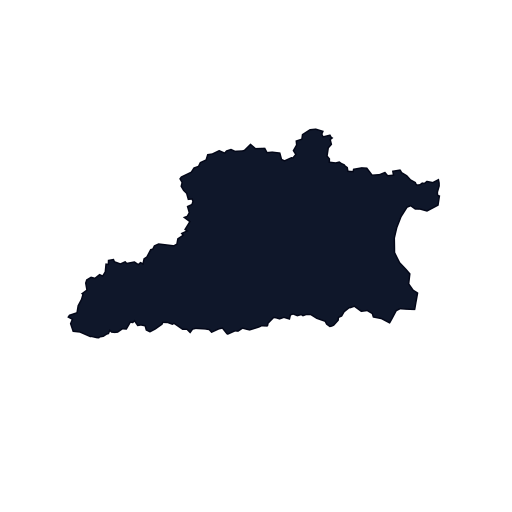 the district of Yabucoa, Puerto Rico, rotated 338°
{"feature_id": "32010507B64369847691903", "entity_name": "Yabucoa", "entity_type": "district", "adm_level": 2, "iso_a3": "PRI", "parent_name": "Puerto Rico", "parent_adm1": "", "projection": "orthographic", "projection_center": [-65.894, 18.069], "detail": "fine", "context": "isolated", "style": "filled", "palette": "ink", "viewbox_px": 512, "rotation_deg": 338, "n_neighbors": 0, "source": "geoboundaries", "source_scale": "gbopen_adm2", "svg_char_len": 3371}
<svg xmlns="http://www.w3.org/2000/svg" viewBox="0 0 512 512"><g transform="rotate(338 256 256)"><path d="M214.5,156.0L215.1,160.2L212.8,163.3L213.5,168.0L215.2,171.9L214.5,178.1L218.0,179.1L218.1,181.7L215.9,184.3L211.1,184.5L210.4,190.9L207.1,193.5L204.0,193.4L207.6,199.4L200.2,204.8L201.7,207.0L195.6,207.3L196.3,209.5L190.0,210.8L187.1,215.4L183.6,215.8L170.2,208.4L165.6,208.6L162.9,211.0L160.8,210.7L154.4,216.1L151.2,216.7L148.2,221.1L146.5,218.9L143.6,219.9L141.0,216.0L133.3,214.5L132.5,212.4L127.3,212.6L122.5,208.3L122.5,205.9L117.6,204.9L116.0,208.5L113.9,207.4L110.3,214.3L106.3,217.2L104.0,214.7L98.3,216.4L95.1,214.0L90.1,214.8L88.0,217.3L86.5,224.3L80.7,225.8L81.3,226.7L78.0,230.9L72.5,235.5L68.8,241.6L60.9,241.1L59.1,242.3L62.1,245.9L58.8,249.3L58.3,257.3L64.3,260.5L72.2,268.6L73.5,269.0L77.9,272.1L79.6,272.9L80.6,272.4L84.4,273.2L88.3,272.4L90.1,272.6L92.6,270.1L93.6,272.4L96.4,273.9L99.2,274.7L104.9,273.4L108.4,275.1L114.7,270.2L116.8,271.5L119.1,270.5L120.3,276.1L123.5,276.8L127.1,279.2L126.6,283.5L129.3,286.5L135.2,285.9L143.3,284.0L144.6,282.6L149.2,284.5L152.9,287.9L154.8,287.7L160.5,296.4L164.6,298.1L166.3,302.2L169.8,300.0L173.0,300.5L181.5,304.5L185.1,306.7L186.3,310.0L194.1,309.6L197.9,310.2L200.0,317.2L200.6,317.8L208.5,317.5L211.2,318.9L216.5,317.8L220.1,320.5L222.4,322.1L230.7,322.8L232.8,322.9L235.0,322.7L240.1,325.0L240.8,324.6L241.9,322.8L249.3,319.6L251.5,320.8L254.3,323.1L258.9,323.3L263.4,326.9L265.8,323.5L268.7,323.6L272.0,326.8L276.0,327.2L277.2,328.9L280.5,329.0L284.9,330.8L289.0,336.5L295.7,342.4L296.0,345.6L298.1,349.0L300.0,349.3L302.1,349.2L308.1,346.3L309.4,343.8L312.9,343.7L316.7,340.7L322.9,338.8L324.1,339.2L328.4,339.4L332.9,346.7L338.7,348.2L342.3,352.9L342.0,356.5L348.9,361.0L354.8,368.0L355.0,367.9L357.6,365.8L358.1,365.4L365.5,359.2L369.9,358.8L375.2,361.4L381.8,364.4L383.1,364.9L384.0,363.5L386.6,359.3L387.2,358.3L387.5,357.9L391.9,350.9L391.4,350.1L390.2,348.5L388.8,346.5L387.4,340.4L387.1,339.0L391.9,330.2L390.1,324.9L387.5,318.3L386.6,316.1L386.6,315.9L386.2,311.3L385.7,304.7L387.2,300.9L390.9,291.3L391.0,291.1L394.0,286.8L397.2,282.3L398.7,280.7L405.1,273.9L405.5,273.6L414.3,267.3L417.7,267.3L418.3,267.3L421.3,272.1L425.7,273.9L431.4,278.3L443.8,277.0L447.7,270.4L448.5,269.1L447.4,268.1L447.3,266.9L448.1,264.7L452.0,259.7L453.1,256.9L453.7,253.6L447.4,254.2L442.4,250.9L439.6,251.8L438.2,251.3L437.7,250.8L436.4,250.8L435.9,251.3L434.7,251.4L433.2,251.0L432.0,250.6L431.6,250.2L431.2,249.3L431.2,247.6L427.7,243.3L425.8,238.1L422.0,233.0L422.1,232.0L421.7,230.3L414.6,228.7L413.8,232.6L408.1,230.9L406.8,226.9L401.1,226.9L393.9,224.6L391.6,216.1L387.0,213.9L379.0,212.2L377.7,214.2L372.9,211.9L373.7,208.2L372.3,206.0L371.9,204.5L369.7,202.2L368.4,200.1L364.7,199.6L359.1,196.5L360.4,193.5L359.3,189.9L363.5,182.8L367.7,180.7L368.4,175.8L370.8,175.1L370.1,174.1L369.8,171.7L362.8,170.7L362.6,167.6L364.7,165.5L358.9,160.8L353.4,159.2L344.6,160.9L342.3,164.9L336.4,164.5L335.3,168.3L330.2,172.3L331.0,176.8L326.8,179.0L325.7,178.2L318.1,178.5L315.8,176.1L316.6,169.5L309.9,165.8L304.9,164.3L304.4,159.5L295.7,156.3L292.7,150.5L284.8,153.8L282.6,153.5L275.7,151.1L272.7,147.9L268.0,147.6L265.5,148.9L261.3,144.6L253.7,145.1L249.2,144.0L245.7,148.3L239.4,148.6L236.3,151.4L231.5,151.2L227.4,154.1L216.4,154.8L214.5,156.0Z" fill="#0f172a" stroke="#020617" stroke-width="1.5"/></g></svg>